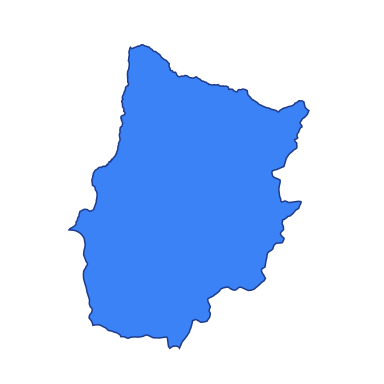 the district of Pimampiro, Imbabura, Ecuador, rotated 352°
{"feature_id": "8360857B7887344691779", "entity_name": "Pimampiro", "entity_type": "district", "adm_level": 2, "iso_a3": "ECU", "parent_name": "Ecuador", "parent_adm1": "Imbabura", "projection": "orthographic", "projection_center": [-77.94, 0.296], "detail": "fine", "context": "isolated", "style": "filled", "palette": "blue", "viewbox_px": 384, "rotation_deg": 352, "n_neighbors": 0, "source": "geoboundaries", "source_scale": "gbopen_adm2", "svg_char_len": 5947}
<svg xmlns="http://www.w3.org/2000/svg" viewBox="0 0 384 384"><g transform="rotate(352 192 192)"><path d="M151.2,40.2L150.6,40.8L149.0,44.7L149.0,47.4L148.7,48.7L148.2,49.6L147.9,51.5L147.3,52.8L147.3,53.7L147.9,54.8L147.7,55.5L147.6,57.5L146.4,61.5L144.9,64.0L144.9,65.1L144.6,65.6L144.2,68.3L144.5,69.2L144.0,70.1L144.0,71.7L143.7,74.4L144.3,75.4L144.3,75.9L143.9,76.4L143.6,77.7L142.4,78.0L140.8,79.1L140.6,80.2L140.0,81.5L140.1,82.4L139.0,83.0L137.9,85.7L136.5,87.5L136.0,89.3L136.6,90.5L136.0,91.1L135.6,91.2L135.0,92.5L135.1,93.4L135.4,94.0L135.1,97.3L135.3,98.4L136.1,100.1L136.0,101.4L135.7,101.8L135.6,102.5L136.3,103.3L136.6,104.0L136.6,105.2L135.6,106.1L134.3,106.6L133.3,106.7L132.5,107.1L132.0,108.2L131.9,109.2L132.5,109.9L132.0,110.7L132.5,111.8L132.9,114.5L131.7,117.2L131.3,117.5L130.5,117.7L130.0,118.1L129.7,119.0L129.7,119.6L129.2,120.4L129.2,122.8L128.4,124.1L127.9,126.1L128.1,128.6L128.0,130.6L126.0,133.7L125.9,135.0L125.7,135.6L125.1,136.3L124.6,138.6L123.9,140.5L122.9,142.2L122.4,143.7L121.8,144.0L121.4,145.0L120.0,146.5L119.6,146.6L118.1,148.2L117.6,148.2L117.5,148.7L116.9,148.7L116.9,149.3L116.1,149.5L115.8,150.4L115.4,150.2L114.9,150.7L114.3,150.6L114.4,151.0L113.9,151.2L112.4,153.0L111.9,152.9L111.8,153.6L111.2,153.8L111.0,153.6L109.8,154.7L109.1,154.3L108.4,154.5L107.6,154.1L105.7,155.0L105.3,154.8L103.3,154.7L101.4,156.1L99.0,157.1L96.7,160.2L96.9,160.7L96.0,162.2L95.5,164.4L94.5,166.0L94.4,169.0L94.5,170.1L94.3,171.1L94.5,171.7L95.4,172.2L96.6,173.8L96.6,176.4L97.5,178.1L97.8,180.6L97.1,184.0L96.1,186.9L95.8,188.7L92.0,195.8L89.6,196.7L87.8,196.7L85.8,194.8L83.6,194.2L82.5,194.2L78.3,195.7L77.0,198.7L76.8,200.2L76.0,200.8L75.2,201.9L74.4,204.2L73.1,205.4L72.8,207.2L72.3,208.2L71.0,209.3L68.4,210.5L67.0,210.9L65.9,211.4L64.9,212.4L70.0,213.6L72.2,214.6L73.7,215.7L75.4,217.1L77.2,219.5L78.5,222.1L78.8,223.2L78.9,229.4L78.4,231.3L76.9,235.1L75.9,239.1L77.6,246.3L78.5,247.9L78.5,248.9L77.8,250.1L77.1,250.6L76.2,252.2L74.2,254.5L73.7,255.4L73.0,258.4L72.6,262.4L72.9,265.5L74.0,272.5L74.1,276.3L75.5,284.5L74.7,288.6L75.4,291.7L76.6,293.2L76.9,294.7L75.8,297.3L74.1,298.9L73.2,300.1L72.5,302.4L74.6,306.0L75.0,307.6L75.3,310.3L76.8,310.1L80.7,310.4L83.0,311.3L87.7,314.7L89.4,316.6L89.8,317.5L93.1,318.5L96.1,320.3L97.5,320.6L100.7,323.2L101.1,324.1L101.3,325.3L105.0,326.0L107.5,327.7L109.5,327.9L110.4,327.4L111.8,327.3L115.5,327.6L118.5,328.2L120.9,328.3L124.0,328.0L126.1,327.2L127.5,327.4L129.0,328.1L132.7,330.6L134.0,331.1L139.7,332.0L146.4,332.0L146.9,332.3L147.3,333.3L147.2,341.5L148.3,343.7L149.9,342.8L151.5,342.3L152.4,342.1L154.6,342.3L155.8,342.7L156.9,343.5L157.7,344.2L157.9,344.8L161.4,339.1L166.6,334.2L169.9,330.3L170.9,328.0L172.0,326.4L172.4,325.0L173.0,324.3L173.5,322.5L174.1,321.6L174.6,319.5L177.9,318.8L178.7,319.1L182.5,322.1L183.8,322.3L186.9,322.3L188.9,322.0L190.6,319.9L191.5,319.2L192.2,318.1L193.0,315.8L193.2,314.4L192.4,312.3L192.9,310.6L194.2,308.2L193.3,304.8L192.6,303.1L192.7,300.4L193.1,299.7L198.0,298.2L205.1,294.2L207.1,292.0L210.0,291.2L214.7,291.1L216.6,293.2L219.1,294.7L220.5,295.1L222.1,294.9L223.7,294.0L224.8,293.2L226.2,292.9L227.8,293.4L233.9,297.3L236.7,297.5L239.9,296.9L245.9,293.1L248.4,291.2L251.1,289.9L251.9,288.7L252.7,288.0L252.7,287.5L251.9,286.0L251.6,284.5L250.4,282.4L249.8,279.9L250.0,278.9L250.7,277.7L253.7,276.6L254.1,275.7L255.2,272.0L256.2,269.1L257.0,267.3L257.3,265.7L258.4,263.0L259.7,261.9L262.7,260.6L264.0,259.8L265.0,257.6L265.9,256.1L267.2,255.1L268.5,254.4L272.3,254.8L274.2,254.8L275.1,253.8L276.6,251.3L276.6,250.4L274.5,247.9L274.1,247.0L273.7,245.4L274.7,244.0L277.1,242.3L277.6,241.5L277.5,239.8L277.7,239.0L276.9,236.0L277.0,234.7L277.5,233.9L277.9,232.1L279.6,232.0L280.4,231.4L282.2,230.7L283.4,229.5L284.8,229.5L285.8,229.3L288.7,227.6L292.1,224.5L295.3,223.1L296.5,220.8L297.9,218.9L298.7,217.1L298.6,216.7L296.1,216.0L287.6,216.0L285.6,215.6L285.2,215.1L282.9,213.8L279.9,214.4L279.0,214.1L278.8,213.6L278.8,211.2L278.2,208.7L278.3,201.8L279.0,198.9L280.6,194.7L280.9,192.4L278.8,190.9L275.7,189.2L274.3,187.8L273.9,186.2L273.8,183.7L274.7,182.3L275.6,182.0L276.5,181.7L278.4,181.7L286.6,179.5L290.1,171.8L291.7,169.9L294.0,167.5L296.4,166.2L298.6,164.5L301.6,163.3L302.4,161.0L302.1,160.5L302.6,158.3L302.5,157.9L301.5,156.9L301.0,155.7L300.8,154.3L303.0,154.0L304.3,153.0L303.7,151.6L304.0,149.8L304.5,149.0L305.7,147.9L307.3,145.0L308.3,143.6L310.0,142.8L310.0,141.7L308.7,139.4L308.7,138.0L310.0,136.8L311.7,134.7L314.0,133.7L317.0,131.2L319.1,127.7L317.6,126.4L315.8,123.8L315.4,119.9L315.4,118.6L314.9,117.9L313.8,117.2L311.3,116.6L310.1,116.7L309.0,117.6L307.7,118.1L306.5,118.3L305.6,119.3L304.1,120.2L302.5,120.7L299.7,120.8L298.4,121.2L294.1,121.8L290.3,123.5L288.7,124.8L287.8,124.2L286.9,123.2L284.1,121.8L282.1,121.2L280.8,120.1L279.1,119.3L278.0,119.1L273.8,116.7L272.9,115.9L270.9,114.8L269.8,113.6L269.2,112.6L265.1,109.1L264.4,108.9L263.6,107.4L260.9,103.4L260.8,103.0L260.8,99.3L259.2,98.0L258.6,98.0L257.9,97.5L256.5,97.1L254.2,97.6L252.9,97.1L251.8,97.5L250.8,99.0L249.7,99.0L247.0,97.1L246.6,96.0L246.4,95.9L244.5,95.5L243.2,95.7L242.7,95.5L242.9,94.5L242.2,92.8L240.5,91.9L238.1,91.7L237.5,91.2L236.4,91.4L235.5,91.1L234.7,91.1L232.7,89.2L230.5,89.5L229.2,88.8L227.0,88.9L225.4,88.5L224.6,87.8L223.5,87.8L223.2,87.0L222.2,86.4L221.6,85.5L220.0,84.9L218.8,83.9L217.2,83.5L215.7,81.5L213.9,80.3L213.2,79.4L212.1,78.5L209.7,79.3L208.7,79.3L205.4,78.3L203.4,76.3L201.6,75.7L201.2,75.6L200.2,76.1L198.0,75.8L195.9,76.1L194.3,75.7L193.4,74.3L192.5,71.3L191.9,71.0L191.1,71.1L190.0,70.8L189.8,69.9L189.2,69.1L187.7,68.6L187.3,67.6L187.6,66.8L186.7,64.5L187.3,61.7L186.0,60.1L185.7,59.3L184.6,57.9L182.8,56.8L180.4,54.2L179.2,51.5L176.8,49.3L175.6,47.9L173.7,47.4L172.8,46.3L172.4,45.4L170.8,44.2L169.8,42.6L168.0,41.9L167.0,41.2L165.8,41.0L164.2,39.6L162.9,39.2L161.8,39.4L160.0,40.4L159.1,40.0L152.8,41.6L152.1,41.4L151.2,40.2Z" fill="#3b82f6" stroke="#1e3a8a" stroke-width="1.5"/></g></svg>